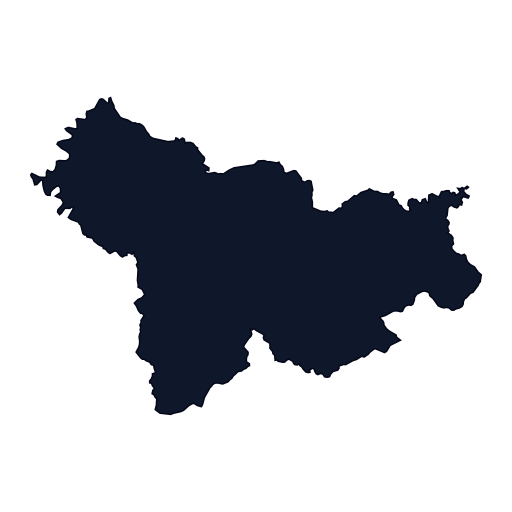 Ponta Grossa, Paraná, Brazil
{"feature_id": "56859067B71794662586420", "entity_name": "Ponta Grossa", "entity_type": "district", "adm_level": 2, "iso_a3": "BRA", "parent_name": "Brazil", "parent_adm1": "Paraná", "projection": "albers", "projection_center": [-50.069, -25.139], "detail": "fine", "context": "isolated", "style": "filled", "palette": "ink", "viewbox_px": 512, "rotation_deg": 0, "n_neighbors": 0, "source": "geoboundaries", "source_scale": "gbopen_adm2", "svg_char_len": 6045}
<svg xmlns="http://www.w3.org/2000/svg" viewBox="0 0 512 512"><path d="M464.1,188.5L462.2,187.5L460.3,188.7L457.7,188.3L460.1,191.9L458.6,193.6L455.6,195.4L454.7,192.7L453.0,192.4L451.5,193.5L449.7,192.6L449.1,190.7L446.0,190.7L443.9,191.5L441.5,191.6L439.1,196.6L437.0,196.3L432.1,193.7L428.8,195.2L428.4,202.8L426.5,201.8L425.3,198.7L422.3,199.7L421.5,202.4L419.4,203.2L416.2,199.5L414.0,199.5L412.1,198.6L408.9,200.2L408.1,202.8L408.0,205.2L409.8,206.9L409.6,209.0L410.6,210.5L408.6,211.3L406.0,211.0L403.9,209.6L402.2,207.7L401.2,205.7L398.9,204.9L396.5,200.0L391.9,198.1L392.6,195.9L393.8,194.6L393.0,191.8L391.0,192.2L389.1,194.4L387.3,193.9L382.8,193.7L379.7,192.8L377.6,191.4L374.3,191.4L369.3,188.8L367.9,190.2L360.9,192.5L356.6,196.1L354.3,195.6L347.9,201.2L345.3,201.7L342.2,204.0L342.4,206.1L341.8,208.2L339.1,208.0L332.9,212.7L330.7,212.1L328.8,212.4L327.2,210.8L324.8,211.5L320.8,211.2L312.4,207.7L312.4,202.0L311.4,197.6L312.0,195.2L311.9,192.1L312.8,190.2L311.1,181.3L309.2,180.5L306.9,180.9L305.0,182.3L301.5,180.7L301.4,178.3L295.8,170.9L293.8,170.6L286.3,173.4L283.9,172.2L283.5,169.1L282.2,166.2L280.4,164.8L278.9,162.1L276.8,162.9L269.5,161.6L267.7,161.8L264.2,160.6L258.2,160.9L255.3,163.8L253.5,164.9L234.0,167.8L228.8,170.3L223.5,173.9L220.5,173.6L218.6,174.0L214.7,172.5L208.6,173.6L205.7,172.8L205.4,170.8L207.1,170.1L208.7,170.7L209.0,168.0L202.3,163.6L204.2,160.8L204.6,158.7L203.8,156.6L202.4,155.7L197.6,149.7L197.6,147.8L195.9,147.0L193.1,143.5L190.5,142.4L186.7,142.4L185.3,143.6L184.3,139.1L182.4,138.0L179.0,140.4L177.8,138.6L175.9,137.9L175.0,140.9L167.9,141.6L153.0,138.3L149.8,136.4L148.7,134.1L146.6,131.8L143.7,126.7L142.0,125.1L139.5,123.7L137.0,123.7L135.1,122.8L132.8,123.0L127.7,120.0L122.1,118.3L120.2,117.2L114.2,108.3L113.9,105.5L111.8,101.4L110.6,97.6L109.0,98.3L108.6,103.2L106.9,102.8L103.2,99.3L101.4,98.8L99.7,99.5L94.7,108.6L88.6,111.1L86.9,111.3L86.2,113.9L86.8,117.6L85.2,119.6L77.5,118.5L76.0,119.5L77.0,123.0L77.2,128.3L75.5,128.9L68.3,127.4L65.2,128.7L66.4,130.6L72.3,134.8L72.3,137.7L68.8,139.6L62.9,140.5L58.0,142.2L57.0,144.2L61.6,148.4L66.1,150.9L69.6,153.8L69.6,157.7L67.3,160.2L64.9,160.8L59.3,160.5L56.5,161.4L56.4,165.0L55.1,169.5L52.8,171.9L50.2,171.5L47.5,170.0L46.4,172.3L46.4,176.9L44.2,177.4L39.4,177.1L31.8,173.4L30.7,174.9L31.4,176.8L33.0,178.9L34.7,184.9L36.9,184.5L40.8,180.2L42.6,180.2L43.0,185.5L44.2,190.7L45.6,193.9L47.2,195.2L50.1,195.4L50.6,191.9L52.5,189.6L56.7,186.2L58.9,186.0L60.4,188.3L60.6,192.5L55.3,196.1L57.4,197.3L61.0,198.5L63.4,202.5L62.2,205.1L57.9,209.7L57.5,212.0L59.6,214.7L61.5,213.1L64.9,208.3L70.0,208.4L71.5,207.2L73.5,206.6L72.8,209.6L68.3,217.5L71.0,219.4L78.3,222.1L79.3,223.9L80.8,225.2L82.9,233.5L84.5,235.0L86.4,235.1L87.0,237.0L92.4,238.1L94.3,241.4L99.1,245.1L102.9,246.6L103.3,248.5L105.4,249.1L108.3,252.5L110.0,253.5L114.2,251.2L116.4,251.0L120.4,255.8L122.5,257.0L124.8,255.6L126.9,255.4L126.8,253.1L129.6,252.9L131.9,254.3L134.0,252.5L134.3,255.8L136.3,257.6L137.9,262.6L136.4,264.7L138.1,269.2L137.4,280.5L138.2,284.9L138.0,287.1L142.2,289.4L144.7,294.5L141.7,297.9L138.2,299.3L134.3,303.1L136.5,306.2L138.4,310.6L140.6,313.3L142.7,313.6L143.9,315.8L140.9,320.6L141.2,322.5L139.9,324.9L140.7,327.8L140.1,329.7L140.7,331.9L139.6,334.3L139.1,336.9L139.7,341.6L139.4,344.5L138.8,347.1L136.1,352.1L140.4,357.6L142.3,359.2L144.4,359.3L146.0,360.7L148.7,361.7L150.4,363.0L151.2,364.6L153.7,365.3L154.1,368.0L155.6,372.7L152.4,373.8L152.5,375.7L151.5,378.6L149.6,380.9L149.7,382.9L151.5,383.2L152.4,385.7L154.5,388.2L152.8,390.5L152.1,393.7L153.9,394.7L154.9,396.8L156.7,398.9L156.4,405.1L155.2,409.6L160.0,413.2L170.8,414.4L173.0,413.4L180.8,411.6L183.5,410.4L189.0,405.5L192.9,403.4L194.8,403.8L197.2,405.5L201.4,406.7L202.6,404.4L204.4,397.6L210.1,387.5L211.6,386.2L212.6,384.6L215.0,383.1L217.9,383.0L222.7,384.0L228.1,381.8L229.8,379.8L231.8,378.4L232.8,376.5L238.0,371.6L241.5,371.0L243.5,369.4L246.0,368.3L247.9,366.4L249.5,365.7L249.4,363.7L246.5,361.9L246.4,358.8L246.9,356.4L248.0,354.7L248.1,352.2L243.5,347.0L244.3,344.9L248.7,338.5L250.9,336.4L251.8,334.2L250.4,329.3L252.3,329.9L253.7,328.5L256.5,330.7L263.0,334.2L264.1,335.7L263.3,337.5L264.1,339.9L269.7,343.2L270.1,346.2L269.8,348.0L272.7,351.7L272.9,353.6L274.7,355.3L275.1,360.4L276.9,360.0L278.1,361.3L282.4,362.2L284.7,362.1L286.8,360.1L288.9,359.1L292.7,361.3L293.6,363.4L294.8,364.6L297.3,365.0L299.3,363.6L299.6,365.4L301.7,366.8L303.3,369.3L305.7,371.9L308.3,372.6L310.0,372.3L309.6,370.2L312.3,368.3L314.3,369.1L314.6,371.0L316.1,373.7L317.9,374.6L320.5,373.5L323.0,374.2L324.5,376.8L327.1,377.3L329.6,376.7L330.4,374.4L333.1,371.5L337.8,370.1L339.0,368.3L338.9,366.1L343.8,364.4L345.5,364.7L353.0,360.6L356.7,359.4L361.5,356.3L364.3,357.0L368.5,354.0L369.6,352.5L373.2,349.6L375.1,348.6L384.6,352.6L386.6,351.3L390.1,345.4L400.5,340.2L396.5,337.1L396.2,335.1L389.0,330.9L386.5,328.7L384.0,325.2L383.7,322.6L382.8,320.9L381.3,319.6L379.8,317.1L385.2,315.6L393.5,311.0L397.3,310.9L400.5,311.7L402.4,311.3L404.2,307.6L405.7,306.0L408.3,305.0L411.1,305.3L412.9,304.2L414.4,300.0L414.5,297.7L416.6,294.4L421.3,291.9L423.1,291.2L425.5,291.2L427.9,292.1L429.3,293.3L429.8,295.8L433.1,298.6L438.2,305.8L441.4,307.3L443.9,307.9L446.3,307.4L449.0,307.9L451.7,310.2L453.9,310.2L455.7,309.0L459.2,308.1L462.1,306.4L463.2,304.1L463.3,301.9L464.5,299.0L466.5,297.7L470.4,293.3L473.0,292.3L478.3,285.1L478.9,283.3L480.2,281.9L481.3,274.8L478.1,272.1L474.5,266.9L470.2,264.5L467.8,262.1L466.4,259.2L465.7,255.8L464.3,254.3L461.0,255.5L459.1,254.1L456.4,253.4L453.7,251.0L452.0,248.9L451.5,246.2L453.5,243.9L452.8,240.6L453.0,237.9L451.4,235.4L447.7,232.9L449.0,231.0L447.9,228.5L447.7,226.0L448.9,224.2L449.1,222.4L447.6,220.1L446.0,219.5L445.8,217.6L447.1,215.5L447.9,208.1L449.2,206.3L451.7,205.2L453.6,206.8L456.9,207.9L458.4,206.6L459.2,204.5L461.6,205.1L462.4,202.2L460.9,199.7L463.2,196.6L468.2,198.1L469.2,196.0L466.2,194.4L463.7,191.6L464.1,188.5ZM467.1,186.2L464.1,188.5L466.6,188.9L468.5,187.2L467.1,186.2Z" fill="#0f172a" stroke="#020617" stroke-width="1.5"/></svg>